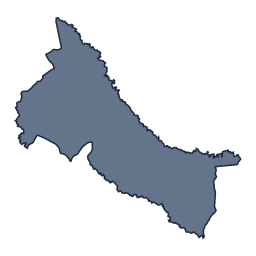 Nova Alvorada do Sul, Mato Grosso do Sul, Brazil (Robinson projection)
{"feature_id": "56859067B14433978209607", "entity_name": "Nova Alvorada do Sul", "entity_type": "district", "adm_level": 2, "iso_a3": "BRA", "parent_name": "Brazil", "parent_adm1": "Mato Grosso do Sul", "projection": "robinson", "projection_center": [-54.18, -21.459], "detail": "fine", "context": "isolated", "style": "filled", "palette": "slate", "viewbox_px": 256, "rotation_deg": 0, "n_neighbors": 0, "source": "geoboundaries", "source_scale": "gbopen_adm2", "svg_char_len": 5809}
<svg xmlns="http://www.w3.org/2000/svg" viewBox="0 0 256 256"><path d="M203.0,238.1L203.6,237.6L204.3,235.9L203.5,234.7L203.4,230.3L205.3,225.2L206.5,224.2L208.0,221.3L209.1,220.1L209.7,218.2L212.0,214.9L214.4,213.0L216.1,210.4L214.5,206.6L215.4,192.4L214.2,187.6L214.2,185.7L213.5,181.2L215.9,177.9L216.4,176.5L215.3,174.0L216.2,169.8L215.2,166.7L237.1,164.6L239.0,161.1L240.6,159.4L240.3,158.3L238.3,155.8L238.3,155.0L236.9,154.7L236.7,155.6L236.1,156.0L234.6,156.4L233.8,156.2L233.4,152.2L231.3,153.4L230.5,151.7L228.5,152.1L227.8,151.4L228.5,150.9L228.3,150.2L222.8,151.6L221.9,153.8L221.2,153.5L218.3,154.5L217.2,154.4L216.7,155.1L217.6,155.1L218.1,155.8L218.1,156.9L216.4,156.4L214.6,157.0L214.4,157.8L213.6,157.8L213.0,156.7L214.2,155.5L213.7,154.0L210.6,154.6L210.0,155.0L210.2,156.0L209.7,156.7L209.0,156.2L209.2,155.5L208.0,154.5L207.5,152.8L207.3,153.7L206.5,153.9L205.0,153.5L204.6,154.2L202.9,153.6L202.3,153.8L201.1,152.7L199.0,151.7L198.5,150.1L197.4,149.0L196.3,148.6L196.6,149.3L195.7,151.3L194.7,151.4L194.1,150.4L193.4,151.0L193.3,152.0L192.4,152.6L192.0,153.4L188.0,152.2L186.1,153.0L186.1,152.0L184.7,152.0L184.2,151.1L182.2,150.8L180.8,149.5L179.2,149.6L176.8,148.3L176.3,147.5L173.7,147.6L172.5,148.6L171.3,148.3L169.6,147.0L168.4,147.3L168.1,146.4L167.4,145.7L166.4,145.7L165.7,146.5L164.6,146.6L164.1,146.0L163.8,144.0L161.8,142.1L161.7,141.3L160.9,140.6L159.1,140.6L158.3,139.9L159.0,138.3L158.6,137.1L158.2,138.2L157.4,138.0L155.4,135.4L153.3,134.6L152.9,134.1L152.8,132.2L152.4,131.6L151.6,131.9L150.7,130.2L148.9,129.7L147.8,130.6L147.0,130.4L147.5,128.4L146.7,127.0L144.6,126.1L143.7,126.7L143.0,126.0L143.4,124.5L142.9,123.9L141.0,123.2L140.2,123.4L139.6,121.7L138.9,121.1L138.8,120.2L139.4,119.6L139.5,118.6L138.3,118.3L137.9,117.4L138.4,116.4L136.7,115.1L135.7,115.5L134.4,115.0L133.7,114.3L134.0,113.6L130.6,109.6L130.2,107.9L128.0,105.5L125.2,103.5L125.6,102.8L125.1,102.0L121.9,100.9L122.4,100.4L122.1,99.7L120.8,100.0L120.3,99.6L119.1,96.7L118.7,94.1L117.8,93.8L118.3,91.9L119.2,90.2L118.4,89.8L117.6,90.3L115.1,89.9L116.4,87.9L116.4,87.2L115.5,87.0L113.1,88.3L112.4,88.0L112.5,86.6L111.6,84.8L111.8,83.0L112.6,82.6L112.6,83.4L114.2,83.7L114.7,81.0L113.6,79.8L112.5,81.5L110.7,80.3L109.1,80.2L108.6,79.9L108.5,79.0L109.1,78.1L108.6,77.1L107.8,76.6L107.5,75.5L106.7,75.3L106.7,76.2L106.1,76.8L104.5,75.4L105.7,74.9L105.9,72.9L107.0,71.5L106.7,69.8L107.1,67.9L104.3,65.8L104.8,63.5L105.5,62.9L104.8,62.6L103.2,60.8L102.4,61.2L101.4,60.4L99.7,60.4L98.1,59.1L97.7,58.1L98.5,57.3L99.4,57.9L100.6,56.6L99.4,55.6L100.4,54.1L100.5,52.4L99.1,52.0L98.8,51.2L97.9,51.2L97.0,50.0L95.6,50.4L93.9,48.9L93.3,47.1L92.5,46.7L91.3,47.9L90.0,46.4L89.6,45.5L90.2,44.8L89.5,43.9L88.8,44.6L88.0,44.4L87.8,43.6L85.7,43.7L84.9,43.3L84.0,44.4L83.2,44.2L82.2,42.7L81.9,40.5L81.2,40.4L80.2,38.7L80.1,37.1L80.5,36.1L79.7,35.8L79.3,34.9L79.7,34.0L79.3,33.5L78.3,33.7L76.7,31.6L74.9,31.4L76.4,29.4L75.9,28.7L74.3,28.4L73.8,27.7L72.1,27.2L73.0,25.6L72.3,24.8L71.5,24.5L71.0,25.2L67.9,24.7L66.6,23.0L65.7,22.9L65.1,21.3L63.2,21.6L62.7,20.9L59.7,20.0L58.2,17.9L56.3,18.1L56.0,21.5L61.5,48.3L57.6,50.2L57.0,49.7L53.2,49.5L51.3,51.5L45.8,54.5L47.6,58.2L49.8,61.3L52.7,64.0L54.3,68.5L51.6,69.7L42.8,76.0L42.8,77.7L42.5,78.6L40.6,80.9L39.9,81.4L38.0,81.3L37.3,81.7L36.2,83.3L33.7,85.3L30.9,88.6L29.1,89.8L28.3,90.9L22.8,91.4L22.0,91.9L21.2,93.1L21.1,94.1L21.8,95.8L21.8,97.0L20.7,101.0L17.4,102.4L16.7,103.2L17.1,105.4L16.5,107.2L15.8,107.2L15.6,107.9L16.6,109.1L16.8,110.3L17.5,110.5L17.9,111.4L17.6,112.2L19.4,114.8L19.5,115.8L18.3,116.8L16.0,120.4L15.4,120.7L16.8,121.8L16.4,122.6L16.8,123.5L18.2,124.4L17.4,126.0L18.1,126.5L20.6,126.8L21.2,127.4L21.7,128.8L23.5,129.5L23.7,130.4L23.6,133.3L21.4,133.2L21.3,133.9L19.1,135.4L18.9,136.1L20.4,137.1L18.4,138.0L19.5,139.5L20.5,139.9L20.7,140.8L20.0,141.1L19.8,142.1L21.8,144.4L24.0,143.1L25.4,142.9L25.9,143.2L26.1,143.8L24.4,145.5L24.8,146.5L27.2,148.3L28.9,144.7L32.9,142.7L37.0,135.4L38.1,135.4L44.6,138.1L55.8,144.2L59.0,147.8L60.5,153.4L63.5,154.0L65.7,155.0L69.4,159.3L69.7,160.6L70.9,161.3L71.8,158.5L73.4,156.3L77.5,154.1L81.9,147.7L83.3,146.3L87.6,142.8L91.5,141.9L92.2,142.2L92.4,147.8L92.1,150.1L91.3,151.8L87.7,156.1L87.7,157.4L88.3,159.6L90.2,162.7L90.2,164.8L91.7,165.3L92.0,166.1L92.6,166.3L92.9,168.0L93.9,169.2L94.6,168.5L96.3,169.6L98.1,172.0L98.5,173.4L99.2,174.0L99.9,173.8L100.5,172.9L101.2,173.4L100.8,174.6L102.1,175.9L103.2,175.5L103.5,174.8L104.9,176.7L104.2,177.9L104.5,178.9L105.7,179.0L106.0,180.0L107.4,180.4L108.0,181.0L109.0,181.0L109.7,181.5L109.6,182.4L110.6,182.8L112.5,181.2L114.5,182.5L116.3,185.0L117.6,186.1L116.9,189.6L118.5,191.8L119.5,191.2L121.2,191.2L121.8,192.7L122.8,193.1L124.8,193.3L125.1,192.7L126.7,192.9L128.7,193.8L129.5,195.1L131.2,195.3L131.3,196.0L132.4,196.4L133.1,196.2L133.9,194.5L136.0,194.6L136.2,195.7L137.1,196.0L137.0,196.8L137.2,197.5L137.8,197.6L138.3,197.2L140.0,197.3L141.7,196.0L142.4,196.2L142.6,197.0L143.8,197.9L146.2,197.7L148.1,199.2L148.6,200.1L148.4,200.9L149.1,201.2L149.3,200.6L150.0,200.8L151.5,202.1L151.9,203.1L153.0,202.2L153.8,202.2L158.4,205.1L160.5,204.6L161.9,203.6L162.6,205.3L162.4,206.2L163.1,206.0L163.7,206.5L163.3,207.8L164.5,209.1L164.6,210.0L165.7,210.5L166.4,212.0L168.0,212.5L168.5,214.8L167.9,216.1L168.4,216.9L169.9,216.7L170.4,219.2L169.6,219.7L169.8,220.6L168.6,220.3L169.2,221.8L169.9,222.0L170.7,221.5L173.6,223.1L175.6,222.6L175.6,223.3L178.0,224.1L179.1,225.0L179.7,225.0L179.1,226.3L181.1,228.1L181.8,227.7L183.6,227.9L185.2,228.7L185.5,230.8L186.4,232.1L188.9,232.0L190.8,233.1L191.8,233.2L193.7,231.8L198.2,235.6L198.5,236.8L199.1,237.4L201.6,235.5L202.7,236.1L203.0,238.1ZM222.4,156.4L221.7,156.7L221.6,156.0L222.3,154.6L222.4,156.4ZM207.5,152.8L208.3,152.2L207.7,151.7L207.1,152.1L207.5,152.8Z" fill="#64748b" stroke="#1e293b" stroke-width="1.5"/></svg>